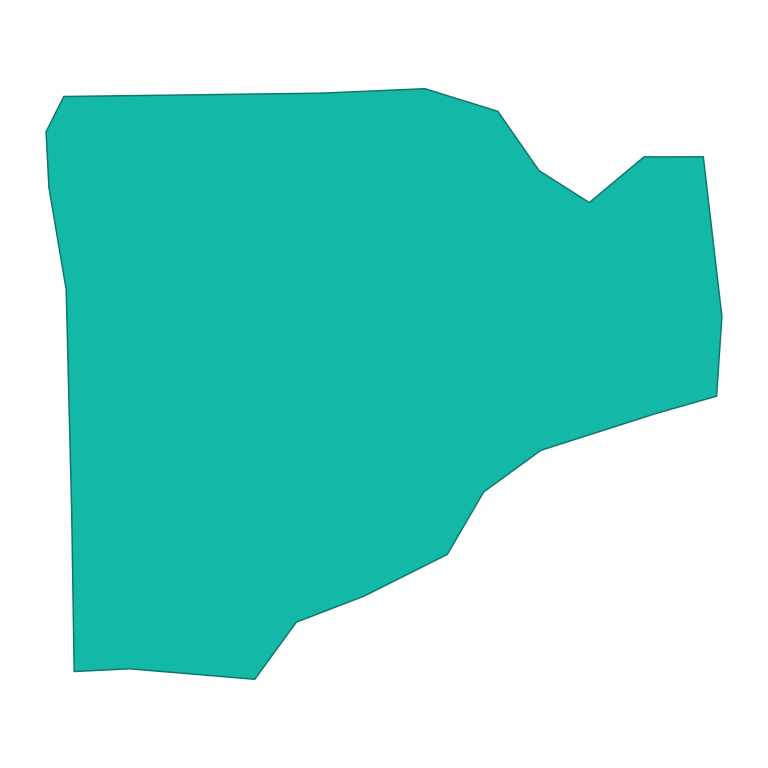 Munkfors, Värmland, Sweden (orthographic projection)
{"feature_id": "70781695B82922715808284", "entity_name": "Munkfors", "entity_type": "district", "adm_level": 2, "iso_a3": "SWE", "parent_name": "Sweden", "parent_adm1": "Värmland", "projection": "orthographic", "projection_center": [13.521, 59.825], "detail": "fine", "context": "isolated", "style": "filled", "palette": "teal", "viewbox_px": 768, "rotation_deg": 0, "n_neighbors": 0, "source": "geoboundaries", "source_scale": "gbopen_adm2", "svg_char_len": 410}
<svg xmlns="http://www.w3.org/2000/svg" viewBox="0 0 768 768"><path d="M74.2,671.5L129.7,668.8L254.7,679.3L296.4,622.1L364.0,596.1L447.3,554.4L483.7,491.9L540.9,450.3L655.2,413.7L716.6,396.1L721.9,316.5L703.3,156.8L644.0,156.9L589.3,202.6L539.1,170.7L497.9,111.4L424.9,88.7L320.0,93.2L63.8,96.5L46.1,131.8L48.9,187.3L66.2,289.6L71.7,511.9L74.2,671.5Z" fill="#14b8a6" stroke="#0f766e" stroke-width="1.5"/></svg>